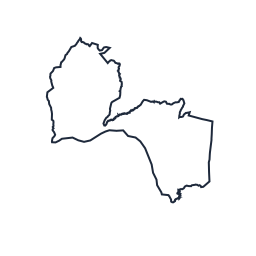 Atiwa East, Eastern, Ghana (Natural Earth projection), rotated 42°
{"feature_id": "2480657B7526405183619", "entity_name": "Atiwa East", "entity_type": "district", "adm_level": 2, "iso_a3": "GHA", "parent_name": "Ghana", "parent_adm1": "Eastern", "projection": "natural_earth1", "projection_center": [-0.69, 6.396], "detail": "fine", "context": "isolated", "style": "outline", "palette": "slate", "viewbox_px": 256, "rotation_deg": 42, "n_neighbors": 0, "source": "geoboundaries", "source_scale": "gbopen_adm2", "svg_char_len": 5677}
<svg xmlns="http://www.w3.org/2000/svg" viewBox="0 0 256 256"><g transform="rotate(42 128 128)"><path d="M163.3,75.0L162.8,75.8L162.7,76.3L162.2,76.5L161.9,77.1L161.6,77.3L161.4,77.7L160.9,78.1L160.9,78.9L160.6,79.6L160.6,80.8L161.1,82.3L161.1,82.9L160.2,84.2L159.0,85.3L158.9,85.8L157.7,84.2L157.6,83.8L157.1,83.1L156.9,82.6L156.2,81.9L155.9,81.4L155.6,80.1L155.2,79.3L155.2,78.8L154.7,76.8L154.6,75.6L154.5,75.2L154.2,74.9L153.4,72.0L150.5,70.2L149.8,70.2L149.3,69.9L148.9,69.9L148.3,70.7L147.7,70.9L147.6,71.1L147.9,72.0L147.8,73.1L148.1,73.6L148.1,74.2L148.3,74.8L147.9,75.1L147.7,75.6L146.9,76.5L146.1,77.1L145.2,79.1L145.0,79.8L145.0,80.7L144.3,81.8L143.3,82.3L142.5,82.4L141.9,83.0L140.7,83.9L138.6,83.1L137.3,83.8L136.8,84.6L135.6,88.4L134.1,87.9L133.1,88.8L131.5,89.4L130.1,90.6L129.7,90.6L129.8,90.9L129.6,90.8L129.6,91.5L128.6,91.8L128.3,92.5L127.6,92.9L127.5,93.2L123.5,94.7L121.1,96.3L121.1,98.4L121.9,102.3L121.6,103.4L121.7,104.0L121.5,104.4L121.2,104.7L121.3,105.1L121.1,105.3L121.0,105.6L121.0,105.9L121.3,106.4L121.3,107.1L121.2,107.3L120.8,107.4L120.3,108.0L119.9,108.4L119.8,108.6L120.1,108.9L120.3,109.7L120.2,109.9L119.9,110.2L120.0,111.3L119.8,111.4L119.5,111.3L119.2,111.5L119.3,111.8L119.1,111.9L119.1,112.2L118.9,112.6L119.1,112.7L119.2,112.8L118.7,113.4L118.7,113.7L118.4,113.5L118.4,114.4L118.7,114.8L118.6,115.1L118.3,115.2L118.3,115.4L118.4,115.6L118.8,115.8L117.8,116.8L118.0,117.0L118.0,117.4L117.8,117.7L117.9,118.1L117.7,118.3L117.1,118.3L117.0,118.7L116.6,118.7L116.4,118.9L116.1,119.5L115.4,119.5L115.2,120.0L114.9,120.2L115.2,120.7L115.0,120.9L114.9,120.8L114.4,121.1L114.3,121.3L114.1,121.5L114.3,121.9L114.1,122.5L113.6,122.6L113.4,123.2L112.9,123.5L113.1,124.0L112.8,124.8L112.3,124.8L112.7,125.1L112.6,125.4L112.8,125.4L112.9,125.6L112.3,126.6L111.8,126.8L111.6,127.8L111.4,128.0L111.6,128.3L111.5,128.5L111.5,128.8L112.0,129.0L112.1,129.4L111.7,129.8L111.7,130.0L111.7,130.8L111.3,130.7L111.3,130.8L111.3,131.4L111.6,131.8L111.3,132.0L111.4,132.4L111.3,132.6L109.9,133.0L110.0,133.7L109.8,134.1L109.5,134.0L109.0,134.9L109.0,135.6L108.4,135.9L108.4,136.1L108.4,137.1L108.6,137.4L108.5,137.5L108.6,138.0L109.3,139.1L109.2,139.5L109.5,140.6L109.3,140.9L109.4,141.5L108.7,142.0L106.8,141.1L105.5,137.9L105.0,134.8L105.4,133.5L105.2,132.4L105.4,130.9L105.2,130.1L104.3,129.0L103.0,126.8L101.8,125.9L98.9,120.6L98.8,119.3L101.5,111.2L100.2,108.8L98.1,106.2L97.1,106.2L97.2,105.2L96.1,103.6L95.5,102.2L95.2,101.8L95.4,101.1L94.3,100.1L94.1,99.5L93.8,99.3L93.4,98.8L92.4,98.0L91.7,98.0L91.0,98.3L90.5,98.2L89.7,96.7L89.8,96.4L88.8,95.9L88.2,96.1L88.1,95.8L87.8,95.6L87.5,95.6L87.3,95.5L87.2,95.3L86.9,95.3L86.6,95.1L86.3,94.7L86.0,93.9L85.8,94.2L85.6,93.9L85.2,93.7L84.7,93.1L84.2,93.0L83.9,92.7L83.3,92.7L82.8,92.3L82.3,92.3L82.3,91.9L82.1,91.6L82.3,91.3L81.8,90.6L81.7,90.0L81.5,89.8L81.1,89.8L80.6,89.3L80.3,89.1L80.1,87.3L79.6,86.9L79.4,86.2L79.1,86.0L78.6,85.8L78.0,86.0L77.6,87.0L77.0,87.2L76.5,87.2L75.3,87.9L74.9,88.0L73.4,87.6L72.5,87.5L72.0,87.7L71.3,88.2L70.4,88.5L70.0,89.0L69.6,89.8L69.7,90.5L69.4,91.5L69.5,93.3L57.7,91.5L60.2,88.0L60.8,80.7L57.8,82.3L57.4,82.7L56.6,83.7L56.2,84.4L56.6,87.4L56.4,87.8L55.1,89.4L54.3,89.3L53.7,89.3L52.3,89.0L51.8,88.7L51.1,87.9L49.9,86.4L44.4,88.9L44.8,92.8L43.8,92.9L43.1,92.5L42.3,92.5L41.9,92.7L41.1,93.6L40.3,93.6L39.9,93.9L39.6,93.9L39.2,94.1L38.0,94.0L37.9,94.1L37.5,94.1L36.7,94.5L36.4,95.0L36.2,95.1L35.4,95.0L35.3,94.8L35.0,94.7L34.3,94.1L33.8,93.5L33.5,93.4L33.1,93.1L32.3,93.1L32.7,94.3L32.8,96.5L33.1,97.5L33.1,98.5L33.5,100.4L33.5,100.9L33.4,101.4L33.6,102.1L33.4,102.7L31.7,105.7L32.7,110.5L32.8,112.9L33.2,113.7L32.8,115.7L34.2,118.5L34.6,119.7L34.6,123.6L34.4,123.9L34.5,124.1L35.5,125.8L35.6,126.2L37.0,127.8L34.0,131.0L33.0,132.8L34.1,135.8L34.1,136.8L34.0,139.2L34.2,139.8L35.3,141.0L35.8,142.1L36.9,143.0L39.2,143.9L39.7,144.7L43.6,147.3L44.3,147.5L45.6,148.2L44.2,155.4L46.9,159.2L47.5,159.4L49.4,160.7L51.1,160.9L53.4,162.9L57.3,164.4L58.8,165.9L60.0,166.6L62.1,168.4L65.8,172.8L67.6,172.6L68.2,173.0L68.9,173.7L70.1,175.3L71.3,176.3L71.4,177.6L72.9,178.1L72.9,179.5L73.5,180.1L76.0,180.6L78.4,181.8L78.8,183.5L78.7,186.0L79.3,187.1L80.4,188.8L81.1,189.4L83.8,187.2L85.3,183.5L86.1,180.2L93.2,172.2L99.3,170.4L104.6,167.7L108.3,162.5L111.7,150.3L113.6,145.7L115.7,142.1L121.3,137.8L126.0,133.0L133.4,133.9L140.0,130.0L146.1,129.7L154.3,131.6L170.0,139.3L176.6,144.5L183.7,147.3L187.9,151.0L195.8,153.5L197.6,154.7L203.0,150.8L203.8,151.1L204.3,151.0L205.4,151.5L207.8,152.3L209.3,153.8L210.5,153.6L211.1,153.2L211.4,152.9L211.7,151.6L211.5,151.3L211.8,150.8L211.0,149.9L211.0,149.1L211.4,148.8L211.4,148.1L211.9,147.5L211.9,146.9L213.0,146.2L213.3,146.4L213.3,146.1L212.9,146.1L212.7,145.7L213.1,145.4L213.0,145.1L212.4,145.3L212.4,144.9L212.6,144.6L211.9,144.8L211.7,144.7L211.5,144.0L211.8,142.8L211.1,142.8L210.6,142.5L210.4,142.3L210.7,142.1L210.7,141.9L210.2,142.1L210.1,142.4L209.9,142.2L209.2,143.1L209.2,143.5L208.7,143.7L208.3,143.5L208.3,142.8L208.2,142.5L208.6,141.8L208.5,141.3L209.1,141.1L209.1,140.8L208.9,140.8L208.4,141.0L208.2,140.9L208.0,140.4L207.8,140.6L207.5,140.5L207.3,140.8L207.0,140.5L207.5,140.4L207.3,140.0L207.8,139.6L207.5,139.4L207.8,139.1L207.8,138.5L208.5,137.7L209.2,137.3L209.6,136.3L209.8,135.4L209.7,134.7L209.4,133.6L210.0,131.8L210.2,131.5L211.8,130.7L213.8,129.0L213.7,128.5L213.8,127.8L215.8,125.4L216.0,124.9L216.4,124.7L217.2,124.0L219.1,123.6L219.5,122.6L220.7,122.4L221.9,123.0L222.5,122.3L223.3,121.3L224.3,113.2L217.9,106.7L211.0,99.4L209.7,96.9L206.7,93.2L205.3,91.4L197.9,80.8L197.6,80.6L194.4,76.6L190.2,71.6L186.4,66.6L181.2,69.4L177.3,71.7L164.7,78.1L163.3,75.0Z" fill="none" stroke="#1e293b" stroke-width="2"/></g></svg>